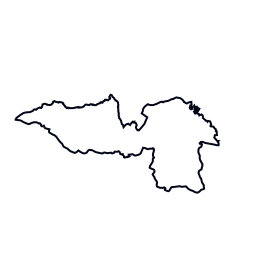 outline of Fundata, Brasov, Romania, rotated 305°
{"feature_id": "2599482B86942388549118", "entity_name": "Fundata", "entity_type": "district", "adm_level": 2, "iso_a3": "ROU", "parent_name": "Romania", "parent_adm1": "Brasov", "projection": "mercator", "projection_center": [25.279, 45.46], "detail": "fine", "context": "isolated", "style": "outline", "palette": "ink", "viewbox_px": 256, "rotation_deg": 305, "n_neighbors": 0, "source": "geoboundaries", "source_scale": "gbopen_adm2", "svg_char_len": 5912}
<svg xmlns="http://www.w3.org/2000/svg" viewBox="0 0 256 256"><g transform="rotate(305 128 128)"><path d="M165.7,212.0L166.1,212.0L167.5,210.9L168.1,209.9L168.1,209.5L168.4,209.2L169.1,209.4L168.6,208.5L168.6,208.1L169.0,207.0L169.3,205.4L169.7,204.2L171.9,203.3L173.2,204.9L174.8,203.5L175.5,203.1L176.2,202.3L176.1,202.1L176.4,202.1L176.6,201.2L177.4,200.4L177.3,199.4L178.1,197.3L177.9,196.6L177.3,195.9L177.4,195.2L177.2,195.2L176.8,194.8L176.8,194.6L177.2,194.3L178.9,193.9L180.5,191.5L179.7,189.4L179.3,189.3L179.1,189.6L178.7,189.6L178.9,188.8L178.6,187.2L179.0,186.8L178.9,186.0L179.2,183.6L181.1,182.1L181.2,180.4L179.2,179.1L180.1,178.2L180.1,177.7L179.7,176.9L179.8,175.7L182.5,175.6L182.2,175.2L182.3,174.9L181.5,174.3L180.6,174.9L178.7,175.1L178.4,174.7L178.4,174.2L178.9,173.4L179.0,173.7L179.3,173.7L180.5,172.6L182.0,171.8L182.7,172.4L182.2,174.6L183.1,174.6L184.0,175.3L184.7,175.4L184.7,174.7L184.4,173.4L184.9,172.3L183.5,172.0L183.8,171.3L183.2,170.6L183.9,170.2L184.4,169.5L183.7,169.5L181.5,168.5L180.6,169.6L180.1,168.8L179.8,168.5L179.5,168.6L179.5,167.7L179.8,167.3L180.4,167.0L180.4,166.8L182.2,166.2L182.3,166.7L182.9,166.9L183.6,166.7L185.7,164.9L183.6,162.9L181.9,162.2L181.6,161.6L181.5,160.8L181.7,159.8L181.4,159.2L181.5,158.7L182.0,158.1L182.0,157.8L182.3,156.9L182.5,154.8L182.4,153.7L180.8,150.1L179.3,149.1L177.6,148.4L176.6,147.1L175.3,146.6L173.4,145.4L170.4,142.5L169.2,142.0L169.1,141.8L169.2,141.0L168.0,139.7L164.6,137.9L161.9,136.0L160.9,135.1L160.1,133.9L159.4,132.7L158.8,130.6L156.2,129.7L154.4,129.4L152.9,129.4L151.6,129.7L150.2,130.5L147.9,130.8L147.8,132.4L147.8,137.6L140.7,139.1L134.5,138.6L133.2,138.2L132.6,138.4L132.4,138.3L132.1,137.6L131.8,137.5L131.7,136.8L132.3,135.2L132.9,134.3L134.0,133.7L135.0,133.7L135.9,132.7L136.6,131.4L136.3,130.9L136.3,130.2L136.4,129.7L136.8,129.5L136.5,129.2L135.6,129.1L135.7,128.2L133.8,127.9L131.7,128.0L131.8,127.0L131.5,126.7L131.3,125.9L131.5,125.6L130.0,124.5L128.1,124.0L127.7,123.7L127.2,123.8L127.1,124.0L126.1,123.9L127.7,122.1L127.6,121.0L127.8,120.7L129.2,118.9L129.8,118.4L130.9,116.1L130.9,115.2L131.1,115.0L131.9,114.5L132.7,113.4L133.6,112.6L134.2,112.5L135.1,111.7L135.1,111.4L135.5,111.2L136.2,110.3L136.7,110.2L139.6,107.6L139.8,107.8L140.3,107.3L141.6,106.7L142.1,106.0L143.2,105.2L143.7,103.6L143.7,102.6L143.4,102.1L143.7,101.8L143.9,100.4L144.5,99.4L144.6,98.0L144.9,96.9L145.5,96.1L145.5,95.7L145.2,94.7L142.8,94.8L142.3,95.4L142.4,96.1L141.8,96.5L140.6,96.0L139.2,95.8L138.9,94.8L138.7,94.4L138.6,93.7L138.0,93.0L136.8,93.3L135.9,92.4L134.2,92.6L133.8,92.4L133.7,91.7L133.8,91.1L132.9,90.6L132.3,90.9L129.9,89.1L129.1,89.1L127.7,87.9L127.5,86.9L127.2,86.6L127.2,85.8L126.5,85.7L126.3,83.9L124.5,83.0L123.1,80.1L122.4,79.7L120.8,79.5L118.8,78.7L117.8,77.4L117.0,76.9L117.0,75.5L116.7,75.3L116.2,75.5L116.0,75.1L116.0,74.5L115.2,73.9L115.1,73.5L114.1,73.0L113.8,72.4L113.4,72.2L112.8,71.6L111.1,69.3L110.8,68.6L110.5,68.3L110.7,68.0L110.4,67.5L109.9,67.4L109.9,67.0L109.4,66.6L109.7,66.2L109.3,65.5L109.3,64.9L109.7,64.4L109.6,63.9L110.1,63.3L110.0,62.5L110.3,62.0L110.3,61.4L110.7,61.3L110.9,61.0L110.8,60.6L111.2,60.4L111.2,59.6L110.9,59.1L110.7,58.4L110.3,57.7L110.2,57.3L109.9,56.7L109.5,56.5L109.1,56.6L108.9,56.5L108.5,54.7L108.0,53.8L107.8,52.3L106.7,51.6L106.1,51.7L105.9,52.1L105.5,52.1L104.4,52.0L102.6,51.5L101.2,49.5L100.7,48.6L100.9,48.0L100.5,47.5L100.4,46.6L100.1,45.9L99.5,45.3L98.3,44.5L96.0,45.5L94.5,45.4L94.3,45.1L94.4,44.2L94.2,43.9L91.9,42.6L90.2,42.2L90.0,41.2L89.0,40.3L87.4,40.2L84.8,38.6L82.2,35.4L80.5,33.9L76.8,32.3L72.4,30.9L70.6,31.0L70.3,31.2L72.1,34.6L72.7,36.1L72.8,38.5L73.5,42.1L74.1,44.1L74.3,44.6L75.1,44.9L75.6,45.6L76.9,46.1L77.8,47.0L78.6,47.3L79.1,48.4L80.0,49.3L80.5,51.1L80.5,52.2L81.3,53.0L81.3,53.5L80.9,54.2L80.9,54.9L80.5,55.0L80.1,55.5L80.1,56.0L80.0,56.4L80.5,57.2L81.6,57.7L80.4,59.8L80.4,60.3L80.8,61.8L81.9,64.4L80.1,65.1L79.5,65.6L79.2,66.2L79.5,70.4L79.9,71.8L79.8,73.9L77.9,79.5L77.2,83.3L75.8,85.9L76.1,88.8L76.4,90.0L76.0,92.8L76.0,94.3L77.0,98.6L77.8,99.2L79.0,99.8L81.2,100.3L81.1,102.8L81.6,105.7L81.9,106.5L83.0,107.7L84.1,108.3L85.7,108.2L87.4,108.6L87.8,108.8L89.2,111.3L89.5,112.9L89.5,114.0L90.0,116.1L92.3,121.5L94.3,122.6L95.6,125.6L98.1,128.3L98.0,129.4L98.3,129.8L99.6,130.8L100.9,130.6L102.2,132.6L102.7,133.1L103.6,133.6L103.6,134.5L103.4,135.2L102.3,136.5L102.5,137.4L103.6,138.6L102.8,139.2L102.8,140.4L102.2,141.5L101.8,141.6L101.9,142.2L103.4,143.6L104.1,143.8L104.0,144.4L105.7,145.5L106.6,144.0L109.1,146.7L109.4,149.4L109.9,150.1L112.1,152.0L113.6,152.7L114.7,152.9L120.5,151.7L121.6,154.0L121.6,155.1L121.8,156.1L124.0,158.2L124.9,159.8L125.5,159.8L125.9,160.8L125.2,161.7L124.6,161.9L124.3,162.3L121.7,163.1L120.1,163.9L119.1,165.1L118.8,166.2L118.3,166.3L117.2,165.9L114.8,167.5L113.2,167.7L109.6,167.8L107.9,168.5L107.8,169.0L108.6,172.6L108.6,173.4L108.3,174.0L107.4,174.8L106.4,174.9L104.5,174.7L104.1,174.8L103.3,176.5L102.9,177.9L101.9,178.9L101.1,181.2L100.3,182.8L99.5,183.4L98.2,183.8L96.7,185.4L97.4,188.7L98.5,190.0L98.7,190.7L99.7,191.4L100.2,192.1L100.0,193.2L98.9,193.2L98.4,193.9L99.2,197.1L99.6,197.5L100.5,197.8L103.7,197.5L104.6,197.7L106.9,200.4L109.8,203.5L110.9,206.1L113.4,208.9L113.4,209.3L112.8,211.8L112.8,213.5L113.0,215.0L113.7,217.3L113.9,219.7L114.6,221.5L115.0,222.1L116.9,223.0L119.3,223.4L120.1,223.9L120.8,224.7L121.6,225.1L122.2,225.0L123.6,223.5L124.6,222.9L125.9,219.8L128.5,216.9L129.0,215.2L130.5,213.3L131.2,211.9L132.9,211.0L133.6,210.8L136.5,211.9L138.3,211.0L139.7,210.7L140.4,209.9L141.0,209.8L141.3,209.4L141.9,207.7L142.5,207.1L142.6,206.5L143.3,205.2L144.7,203.8L146.6,202.6L147.7,200.6L148.8,199.3L150.8,198.1L151.9,197.8L152.9,197.9L154.5,198.8L156.6,198.2L157.0,197.9L157.2,197.5L156.4,196.2L156.3,195.7L156.5,195.5L158.3,195.7L158.8,196.1L159.2,196.7L159.7,197.9L160.0,199.7L164.0,208.4L164.6,210.1L165.7,212.0Z" fill="none" stroke="#020617" stroke-width="2"/></g></svg>